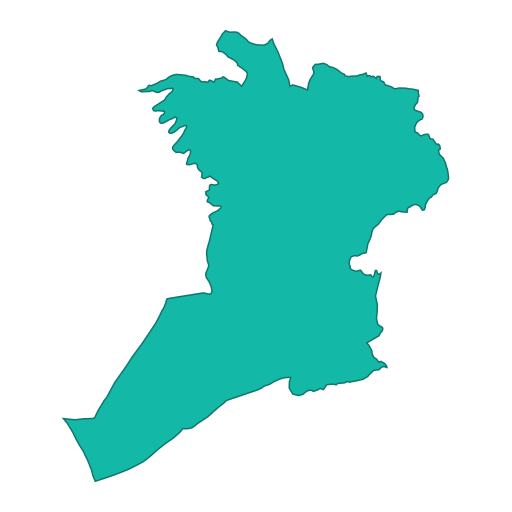 the district of Los Reyes, Veracruz, Mexico
{"feature_id": "50627088B91246987771554", "entity_name": "Los Reyes", "entity_type": "district", "adm_level": 2, "iso_a3": "MEX", "parent_name": "Mexico", "parent_adm1": "Veracruz", "projection": "orthographic", "projection_center": [-97.042, 18.672], "detail": "fine", "context": "isolated", "style": "filled", "palette": "teal", "viewbox_px": 512, "rotation_deg": 0, "n_neighbors": 0, "source": "geoboundaries", "source_scale": "gbopen_adm2", "svg_char_len": 5972}
<svg xmlns="http://www.w3.org/2000/svg" viewBox="0 0 512 512"><path d="M63.4,418.6L67.5,423.6L73.0,432.7L76.3,439.6L80.3,446.6L83.3,451.2L85.4,455.9L87.2,459.3L88.9,463.4L91.6,470.3L92.9,475.7L95.3,481.3L115.2,474.6L128.5,469.3L136.3,465.4L143.2,461.7L150.0,456.5L157.2,450.0L164.2,444.4L173.6,437.8L178.2,433.8L180.6,431.5L182.7,428.6L185.3,428.8L188.3,428.6L191.9,427.8L194.7,425.9L197.5,423.6L207.6,416.9L218.7,407.0L223.7,403.2L226.6,400.4L257.6,389.9L261.6,388.0L264.1,386.1L267.1,385.2L270.4,383.9L273.8,381.7L279.5,379.1L284.0,377.8L289.1,377.3L290.8,377.5L289.4,381.5L289.2,388.0L292.8,394.1L298.3,395.5L302.8,394.4L305.7,391.9L308.5,390.4L312.2,390.4L313.0,391.2L314.1,391.3L314.8,390.8L317.4,390.1L320.0,388.4L323.4,389.6L326.9,384.6L333.4,384.1L336.0,384.8L338.0,383.4L344.3,382.9L346.8,381.8L347.8,381.5L349.6,382.2L353.0,381.4L355.3,381.1L363.1,379.2L367.8,376.4L369.5,374.3L373.8,370.4L379.0,369.7L381.5,367.2L384.0,366.5L386.9,367.5L386.7,366.1L384.7,363.6L383.5,362.7L380.7,361.4L378.8,362.2L376.3,358.9L374.7,358.0L373.6,357.1L372.1,353.6L371.8,350.9L371.3,349.7L368.7,345.0L366.7,342.9L379.1,335.7L380.3,332.9L382.0,331.3L382.8,329.0L382.5,327.6L378.7,325.1L377.7,324.0L376.7,319.8L376.5,317.7L377.1,312.3L377.4,304.8L375.5,296.1L377.4,288.0L380.3,277.0L380.9,272.9L379.4,274.1L378.2,274.3L377.3,272.9L376.6,270.6L375.8,270.3L375.3,270.7L374.2,275.2L373.4,276.8L371.9,276.6L370.7,274.8L367.3,275.3L365.3,274.8L363.5,274.0L360.4,270.1L359.1,270.4L356.3,271.4L352.2,270.0L350.2,268.6L350.2,266.4L349.3,264.4L349.3,263.1L349.5,260.6L350.8,257.4L351.5,256.6L355.0,255.5L356.8,256.1L359.8,255.0L361.2,254.0L363.1,253.3L365.9,252.8L366.2,252.6L367.9,243.6L369.4,240.6L371.3,235.7L371.9,232.0L372.8,229.5L374.4,227.4L378.4,224.1L382.1,219.2L386.1,215.3L387.6,214.4L390.1,214.5L393.6,214.2L395.8,212.3L396.6,212.1L398.7,211.2L402.4,211.9L407.0,212.3L407.6,208.5L408.6,207.3L410.3,206.9L411.5,205.8L414.7,204.4L417.6,204.9L419.9,206.4L422.4,210.2L424.2,209.9L425.5,206.7L425.3,205.0L426.8,202.0L428.9,198.6L430.2,197.5L431.4,197.1L432.9,194.8L436.1,193.5L437.2,191.4L438.2,187.8L441.0,184.5L445.4,182.7L446.4,182.4L448.1,179.9L448.6,178.2L447.9,172.0L447.3,168.9L446.3,166.5L445.7,163.7L444.9,161.6L443.2,158.2L439.3,154.2L438.8,152.2L438.6,150.1L440.4,148.9L439.6,145.4L438.3,144.0L437.2,144.5L436.1,143.8L432.8,139.1L431.6,139.1L430.0,138.7L429.7,137.6L428.5,134.5L427.1,134.1L425.9,134.3L424.1,134.7L421.0,135.9L419.5,135.1L417.5,132.9L415.1,132.0L414.6,127.5L415.4,125.4L416.9,122.3L418.7,120.8L420.6,119.6L422.1,119.0L423.1,116.5L422.6,114.1L421.3,112.6L419.9,111.8L417.3,111.1L414.6,110.0L413.9,108.1L414.5,106.5L415.6,104.5L417.4,102.5L417.9,99.3L417.8,97.4L419.1,96.1L418.1,92.7L418.4,90.4L412.5,89.1L410.3,89.0L405.6,88.2L399.3,88.0L396.0,88.7L394.2,88.7L391.7,87.0L385.1,84.8L383.6,81.8L381.6,81.2L380.4,79.9L380.0,76.5L377.2,76.4L376.3,78.4L372.9,76.1L371.3,77.0L370.0,75.8L368.3,75.7L367.3,76.4L366.0,73.0L362.2,74.6L359.6,74.9L357.2,76.0L351.4,76.2L348.7,76.6L345.1,75.9L344.5,74.3L343.3,74.0L341.8,73.2L336.8,69.4L333.2,67.6L329.2,66.6L326.9,64.7L323.5,63.3L317.2,64.4L315.3,64.3L312.6,67.5L313.0,69.3L313.6,70.8L314.0,73.2L310.1,79.7L308.7,83.1L307.5,90.0L301.3,87.4L292.8,84.9L290.0,86.4L288.6,79.7L284.0,69.6L282.4,63.2L277.8,51.6L274.0,44.1L272.2,38.9L269.9,40.5L267.8,43.3L264.1,45.1L258.7,45.0L256.0,44.7L250.4,42.9L248.4,41.8L246.7,39.8L244.4,37.7L241.2,35.6L238.8,33.2L236.7,32.2L234.4,32.0L230.2,32.2L228.3,31.8L225.5,30.7L222.1,34.3L221.4,35.9L217.4,42.3L216.5,44.8L217.9,47.4L218.8,51.4L222.2,51.7L226.1,54.5L228.0,56.9L231.4,58.6L234.1,60.1L237.0,62.7L237.8,65.4L243.2,69.0L246.0,71.4L247.5,73.4L246.4,78.3L245.1,80.8L241.6,86.3L239.3,84.1L237.5,82.1L231.3,81.0L228.6,80.6L224.3,77.3L223.0,76.8L221.9,78.0L216.8,79.1L215.5,79.1L214.1,82.2L210.8,80.5L209.4,80.2L207.7,82.4L205.3,81.7L203.3,81.9L201.0,81.6L198.5,78.6L194.3,78.3L193.4,76.9L188.6,76.3L185.9,75.3L176.4,74.4L173.3,75.1L171.3,75.8L169.2,76.9L168.0,77.7L166.5,79.3L164.3,80.1L160.4,81.2L156.7,83.5L151.1,85.7L149.0,85.3L146.1,88.9L139.0,90.5L141.3,91.8L147.5,91.5L149.5,91.5L152.1,90.5L157.0,92.5L159.4,92.2L161.3,90.9L167.9,88.5L170.5,88.6L171.7,88.0L173.0,88.7L172.0,91.9L170.2,93.0L169.0,94.0L166.1,97.4L164.6,100.0L155.1,106.1L153.4,107.4L152.7,108.5L153.4,110.4L154.3,110.8L155.8,111.1L157.3,110.6L164.0,111.2L164.6,111.8L164.5,112.9L163.1,114.6L161.4,115.4L159.6,118.2L159.3,120.1L159.5,121.8L160.5,123.1L163.1,123.1L169.5,119.7L173.1,118.2L174.9,117.0L176.9,118.0L176.6,120.0L175.0,123.7L170.5,128.4L168.7,131.0L168.7,132.1L169.7,133.2L171.1,133.4L174.3,132.1L179.7,127.6L185.0,125.5L186.5,125.8L186.6,127.1L184.7,130.4L183.8,132.7L181.7,136.0L176.9,142.1L174.0,145.2L172.7,147.1L172.6,148.6L173.3,150.0L176.0,152.3L177.5,152.4L179.4,152.1L183.7,153.4L185.9,151.6L188.7,149.8L190.3,150.1L190.6,151.6L190.2,154.0L189.5,155.8L188.3,157.6L187.7,159.4L187.4,161.1L186.5,163.2L186.8,164.5L189.3,164.7L195.2,163.2L197.3,164.7L197.5,167.7L199.2,170.2L202.1,172.3L201.9,175.1L201.5,177.0L202.9,178.2L204.8,178.6L206.7,177.4L208.4,177.1L209.6,176.0L214.6,179.4L217.0,180.8L218.8,183.6L216.6,184.7L214.5,185.1L211.5,184.5L210.3,184.8L209.5,185.9L209.4,190.1L206.2,191.4L205.7,192.0L206.0,193.5L206.0,194.8L207.7,196.0L208.7,197.6L207.4,200.1L207.2,201.7L209.7,202.8L213.4,205.8L219.8,206.0L220.8,206.4L221.2,207.7L217.8,210.5L216.6,211.2L212.7,213.0L210.6,214.5L209.2,215.9L209.1,217.1L209.9,218.9L210.2,220.7L211.8,222.3L211.9,224.0L213.2,224.8L209.0,242.6L208.3,244.6L206.8,250.4L206.6,253.7L207.1,257.6L207.2,260.4L208.2,263.4L208.8,265.9L205.7,273.7L205.8,275.4L206.5,277.9L208.8,281.2L210.1,283.9L211.1,286.5L212.1,291.1L211.0,293.8L209.2,294.1L207.8,293.9L205.9,293.4L203.2,292.9L167.2,298.7L166.5,299.9L166.0,302.2L163.8,307.9L162.0,310.6L159.9,315.3L155.6,323.4L142.1,343.6L132.0,357.2L126.7,365.6L114.6,382.7L106.8,397.2L103.9,400.9L98.0,410.8L94.6,417.8L93.5,418.3L92.1,418.5L83.6,418.8L75.3,419.8L63.4,418.6Z" fill="#14b8a6" stroke="#0f766e" stroke-width="1.5"/></svg>